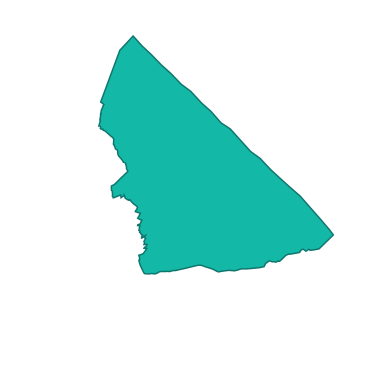 outline of Bergen (NH), Noord-Holland, Netherlands, rotated 125°
{"feature_id": "6326949B45779726628378", "entity_name": "Bergen (NH)", "entity_type": "district", "adm_level": 2, "iso_a3": "NLD", "parent_name": "Netherlands", "parent_adm1": "Noord-Holland", "projection": "natural_earth1", "projection_center": [4.7, 52.666], "detail": "fine", "context": "isolated", "style": "filled", "palette": "teal", "viewbox_px": 384, "rotation_deg": 125, "n_neighbors": 0, "source": "geoboundaries", "source_scale": "gbopen_adm2", "svg_char_len": 5606}
<svg xmlns="http://www.w3.org/2000/svg" viewBox="0 0 384 384"><g transform="rotate(125 192 192)"><path d="M274.6,171.4L272.7,168.6L272.2,168.0L272.0,167.7L271.5,167.1L271.1,166.6L270.4,165.4L270.2,165.0L269.9,164.6L269.3,164.1L268.6,163.5L268.0,163.1L267.3,162.6L267.2,162.4L266.5,161.4L265.7,160.4L265.4,160.1L264.4,159.1L263.1,158.1L259.0,154.3L257.0,152.5L255.0,150.8L253.3,149.3L249.5,145.9L248.4,144.9L247.8,144.1L247.4,143.6L247.2,143.3L247.1,143.0L246.8,142.4L246.3,141.0L246.0,139.7L245.7,138.5L244.2,133.9L243.8,132.6L243.4,131.0L243.1,129.8L243.0,128.7L242.6,128.7L243.0,128.6L242.5,125.0L241.9,124.1L239.0,121.3L238.2,120.4L235.3,117.2L234.9,116.7L232.3,112.2L232.0,111.8L229.8,109.9L227.1,107.9L226.7,107.5L226.4,107.1L226.0,106.7L225.7,106.1L225.2,105.4L224.3,104.1L223.9,103.5L220.4,99.3L215.5,93.6L215.0,93.1L214.3,92.4L211.7,90.1L209.1,90.6L208.5,90.6L208.2,90.6L207.7,90.5L205.5,89.7L204.5,89.4L204.2,89.3L204.0,89.1L204.0,88.9L203.5,87.5L203.2,86.6L202.8,85.8L202.5,85.3L202.1,84.7L201.5,83.6L201.4,83.2L201.2,83.0L201.1,82.8L200.8,82.6L200.6,82.6L199.9,82.4L199.6,82.3L199.5,82.2L199.4,82.1L199.3,81.8L198.9,81.0L198.7,80.7L198.0,80.4L196.9,80.1L196.0,79.9L193.3,79.4L192.8,79.3L192.5,79.3L191.8,79.1L191.0,79.0L189.8,78.6L189.5,78.5L187.7,77.4L187.4,77.1L187.0,76.4L185.2,74.5L183.5,72.8L182.1,71.4L180.2,69.6L179.8,69.3L179.7,69.2L179.4,69.2L179.1,69.2L178.4,69.3L177.3,69.3L176.7,69.2L176.1,68.9L175.8,68.7L175.4,68.3L175.3,68.2L175.1,67.9L175.0,66.9L175.1,65.6L175.2,64.9L174.8,64.6L174.2,64.3L173.9,64.1L172.3,63.6L172.0,63.4L171.8,63.1L171.7,62.9L171.8,62.7L171.9,62.4L172.0,62.1L172.0,61.9L171.9,61.6L170.9,60.5L169.0,58.5L167.8,57.3L165.7,55.3L146.1,51.6L144.0,57.9L140.4,72.0L136.7,87.3L133.3,101.1L132.0,113.8L130.3,127.4L128.6,140.1L125.4,155.6L125.2,167.2L118.4,196.8L118.7,207.9L115.1,222.7L113.6,235.4L110.3,250.7L109.9,262.7L107.1,277.0L105.5,290.0L102.8,304.1L101.0,316.7L98.0,329.7L117.3,332.4L170.7,318.4L170.7,317.7L170.7,317.3L170.7,317.1L170.7,316.8L170.6,316.4L170.6,316.2L170.6,315.9L170.7,315.6L170.8,314.5L170.8,314.4L171.3,314.5L171.6,314.4L172.6,314.2L172.9,314.2L173.1,314.2L173.6,313.9L175.8,313.2L176.1,313.5L180.5,311.6L180.2,311.4L185.6,308.9L185.3,308.6L185.4,308.4L185.8,308.2L187.8,307.4L191.2,306.2L190.9,306.0L190.8,305.5L190.8,305.0L190.8,304.7L190.9,304.4L191.0,304.1L191.6,304.0L192.3,303.7L192.5,303.6L192.6,303.4L192.7,303.2L192.6,302.6L192.5,302.3L192.4,302.2L191.7,301.3L191.7,301.2L191.6,300.8L191.7,300.7L191.9,300.6L192.4,300.3L192.4,300.2L192.2,299.6L191.9,298.1L191.9,297.8L192.0,296.8L192.1,295.7L192.3,294.8L192.4,293.6L192.6,291.8L192.8,290.9L192.8,290.3L192.8,290.1L192.8,289.8L192.8,289.4L192.8,289.1L192.8,288.9L192.9,288.1L193.0,287.9L193.1,287.7L193.3,287.3L193.3,287.2L193.4,286.9L193.4,286.7L193.6,286.5L194.1,286.1L195.2,285.4L197.0,284.3L197.8,283.9L198.1,283.5L198.1,283.4L198.0,282.8L198.0,282.7L198.3,282.3L198.7,282.2L198.8,282.0L199.6,280.6L200.4,279.6L200.6,279.4L200.6,279.1L200.5,278.7L200.4,278.4L200.4,277.9L200.6,277.4L200.9,276.8L201.4,276.1L201.8,275.9L202.5,275.4L202.8,275.2L203.0,274.9L204.3,273.3L204.4,273.1L205.0,271.1L205.2,269.8L205.2,269.6L205.8,268.3L205.8,268.1L205.9,267.3L206.0,267.1L206.8,265.6L206.9,265.4L206.9,265.2L206.5,263.6L206.5,263.4L206.5,263.1L206.6,262.9L206.7,262.7L207.6,261.9L207.7,261.7L208.0,261.2L208.8,260.3L209.0,260.1L210.4,259.1L210.5,259.0L211.9,256.3L219.6,257.9L225.0,258.9L227.4,259.3L230.4,259.9L230.5,259.9L233.1,261.4L233.3,261.4L233.5,261.4L235.0,260.3L235.7,259.8L236.4,259.3L236.7,259.1L236.8,258.9L237.0,258.0L237.1,257.8L238.1,257.0L239.2,255.9L239.8,255.6L240.3,255.4L241.1,254.7L241.3,254.5L241.4,254.3L241.4,254.2L241.4,253.7L241.5,253.6L241.7,253.3L241.9,253.1L239.8,251.6L237.8,250.4L235.4,248.7L237.0,247.1L237.3,246.9L234.0,245.5L233.9,245.5L233.7,245.6L234.9,243.8L235.3,243.1L235.4,242.9L235.4,242.4L235.3,241.2L235.3,240.9L235.4,240.5L235.3,240.4L234.7,239.5L234.5,239.0L234.5,238.8L234.3,238.6L234.5,238.6L234.3,238.4L234.5,236.7L235.2,233.7L235.2,232.9L235.3,230.1L235.7,227.8L236.6,227.6L237.4,227.5L237.9,227.4L238.6,227.4L238.9,227.4L239.4,227.4L239.8,227.3L240.1,227.3L240.6,227.2L239.0,222.1L241.2,221.8L242.9,221.6L243.0,221.6L244.7,221.4L244.5,220.2L244.3,218.4L244.1,217.7L243.9,217.2L243.8,216.9L244.8,216.8L248.0,216.2L248.4,216.4L248.9,216.6L249.0,216.8L249.1,217.0L249.8,217.6L250.7,217.3L249.6,215.2L250.6,214.9L252.1,214.3L252.1,214.2L253.8,213.5L253.7,213.4L253.8,212.6L253.9,212.1L254.0,212.1L254.8,211.8L254.7,211.7L254.7,211.4L255.0,211.0L255.1,210.9L255.3,210.5L255.5,209.8L255.7,209.4L255.6,208.8L255.5,208.0L256.8,207.8L257.4,207.6L257.7,207.5L258.1,207.2L258.6,206.9L258.3,206.6L257.6,206.3L257.4,206.2L256.1,206.0L255.6,206.0L255.5,205.9L254.3,205.2L256.5,205.1L256.5,203.4L256.8,203.4L257.4,203.4L257.6,203.3L260.1,203.0L260.8,202.0L261.2,201.4L262.7,201.3L262.7,201.2L260.7,198.9L260.8,198.5L261.2,198.5L263.8,198.4L264.0,198.6L264.5,199.2L265.6,199.0L264.2,196.7L264.3,196.7L264.7,196.8L264.9,196.8L267.1,196.5L267.5,196.6L268.2,196.6L269.3,196.6L270.1,196.6L270.3,196.6L270.8,196.8L271.0,196.9L271.3,197.1L273.9,199.0L274.0,199.1L274.3,199.3L274.6,199.0L274.8,198.7L275.2,198.1L276.2,197.1L277.4,196.0L278.3,196.4L279.5,195.2L281.7,192.4L281.9,192.0L284.5,187.5L284.8,187.0L285.0,186.7L285.5,185.6L285.8,185.1L286.0,184.5L286.0,184.1L285.9,183.7L285.7,183.3L285.2,182.5L284.3,181.1L283.2,179.6L282.9,179.3L282.1,178.5L281.8,178.2L281.2,176.9L280.4,175.5L279.9,175.0L279.3,174.6L278.6,174.1L278.1,173.8L277.0,173.4L276.2,173.0L275.8,172.7L275.3,172.2L274.6,171.4Z" fill="#14b8a6" stroke="#0f766e" stroke-width="1.5"/></g></svg>